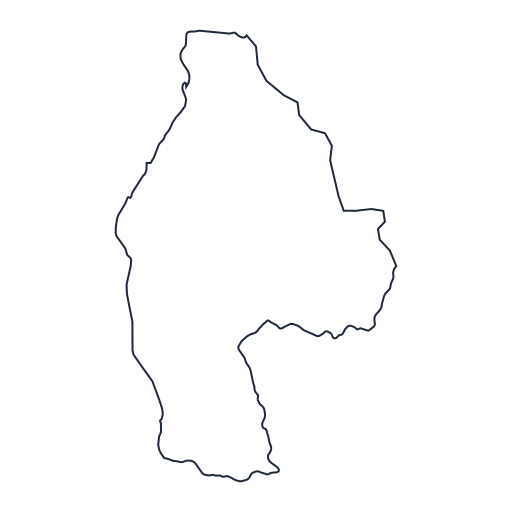 SVG path tracing the border of Melaky
{"feature_id": "MDG-5876", "entity_name": "Melaky", "entity_type": "Autonomous Province", "adm_level": 1, "iso_a3": "MDG", "parent_name": "Madagascar", "parent_adm1": "", "projection": "orthographic", "projection_center": [44.925, -17.742], "detail": "fine", "context": "isolated", "style": "outline", "palette": "slate", "viewbox_px": 512, "rotation_deg": 0, "n_neighbors": 0, "source": "natural_earth", "source_scale": "10m", "svg_char_len": 4000}
<svg xmlns="http://www.w3.org/2000/svg" viewBox="0 0 512 512"><path d="M164.3,458.1L161.6,454.5L159.2,449.9L158.2,444.9L159.1,436.5L161.0,432.1L160.9,423.2L160.8,422.9L160.2,421.8L160.1,421.3L160.3,420.3L161.5,419.1L161.8,418.3L162.7,414.8L162.8,413.3L162.2,408.9L158.9,398.8L152.3,381.1L142.5,367.5L133.6,354.7L132.5,350.4L132.4,321.8L126.9,293.9L126.6,284.4L130.6,266.5L131.2,260.1L130.5,258.0L127.2,254.9L125.3,248.4L116.5,236.1L115.7,232.6L115.8,228.1L116.9,219.3L118.3,215.1L125.3,203.5L127.7,197.5L128.6,197.1L130.2,197.9L131.1,196.8L132.3,192.7L142.7,176.2L144.9,173.9L145.9,171.8L146.4,169.8L146.7,162.9L150.6,163.0L153.9,157.5L158.6,145.1L159.5,143.6L163.2,139.7L164.0,138.5L165.1,135.2L166.1,133.8L168.3,131.2L170.0,128.5L172.6,122.5L176.2,117.1L181.0,111.8L185.0,106.1L186.2,99.7L185.4,96.9L182.9,90.7L182.3,87.8L183.0,84.3L184.6,82.7L186.0,83.4L186.2,86.9L188.4,83.2L189.4,79.2L189.3,75.2L188.0,71.2L182.8,63.3L180.7,59.0L180.4,54.3L181.0,52.5L182.0,50.5L183.3,48.5L184.6,47.0L185.6,45.5L185.9,43.6L186.3,35.5L186.7,33.5L187.9,32.2L190.1,31.6L194.7,31.5L199.5,30.7L229.6,33.6L233.4,32.7L235.1,32.8L238.4,35.6L240.8,37.0L243.3,37.7L245.3,37.0L246.6,35.4L256.0,46.5L257.7,64.6L266.4,80.8L283.7,95.2L297.5,102.4L299.2,115.1L311.2,129.5L325.0,133.2L331.9,145.8L330.1,160.2L338.6,196.3L343.7,210.7L355.8,210.8L371.2,209.0L383.3,210.9L384.9,221.7L378.0,228.9L379.7,239.7L389.9,250.6L396.3,266.2L395.1,267.5L394.2,268.9L393.6,270.5L393.2,271.9L393.1,273.3L393.4,276.0L393.4,277.3L393.1,278.6L390.9,283.8L390.6,285.1L390.2,287.9L389.6,289.1L385.7,293.1L384.9,294.3L383.9,296.7L382.0,303.7L381.6,306.6L381.1,307.9L380.4,309.3L379.4,310.6L375.9,314.6L375.0,316.1L374.5,317.8L374.4,319.4L374.9,324.1L374.6,325.4L373.8,326.7L368.6,330.6L367.4,330.5L362.0,328.7L360.3,328.3L359.0,328.8L357.9,329.3L356.9,329.3L356.0,328.5L355.0,327.6L353.6,326.8L352.0,326.2L350.0,325.7L348.6,325.9L347.5,326.7L345.5,328.7L344.7,329.8L344.1,331.1L343.6,332.2L343.1,333.1L341.9,334.6L339.2,335.1L338.5,335.9L337.6,336.6L336.4,337.9L335.1,338.4L333.8,338.2L332.9,337.3L332.3,336.1L331.9,334.8L331.1,333.7L330.0,332.7L327.3,331.4L325.8,331.4L324.9,331.7L324.2,332.6L323.2,333.5L320.4,335.3L318.4,336.2L316.7,335.9L304.5,330.5L303.1,329.7L301.0,327.9L299.5,326.8L297.7,325.7L294.3,324.4L292.3,324.0L290.4,324.0L285.2,326.4L282.6,328.0L280.8,328.6L279.5,328.2L278.4,327.2L277.4,326.0L276.0,324.8L271.7,322.8L268.4,320.4L267.3,320.7L266.3,321.5L265.3,322.5L263.5,323.9L262.8,324.5L261.2,326.5L259.2,328.4L258.3,329.6L257.5,330.8L256.3,332.0L254.5,333.1L251.1,334.1L247.5,336.0L242.1,340.7L241.2,341.8L239.0,345.5L238.4,346.7L238.3,348.1L238.8,349.3L239.5,350.6L244.4,357.6L244.9,358.9L245.7,361.4L246.2,362.7L249.4,367.5L250.0,368.8L250.5,370.2L253.4,383.8L254.4,386.4L254.5,389.3L254.8,390.8L255.5,392.0L257.3,394.2L258.0,395.4L258.1,396.9L257.7,398.6L257.8,400.1L259.7,403.9L262.5,406.5L263.2,407.3L263.7,408.1L264.2,409.3L265.1,414.1L265.0,416.1L264.5,418.3L263.0,421.4L262.3,423.5L262.2,425.3L262.5,426.6L263.1,427.7L263.7,428.1L264.6,428.6L265.6,429.0L266.3,430.1L266.9,431.5L267.2,433.1L268.1,435.7L269.5,442.5L270.0,444.0L270.7,445.3L271.1,446.9L271.2,448.6L270.7,450.8L269.8,452.6L268.3,454.8L267.9,456.6L268.1,458.0L268.5,459.2L269.4,461.0L270.3,461.9L271.3,462.9L277.1,467.1L278.1,468.1L278.8,469.3L278.8,470.9L277.9,471.8L276.5,472.4L273.7,472.5L270.6,473.0L268.6,474.2L267.0,474.4L265.7,474.0L264.6,473.5L261.0,472.5L258.4,471.4L256.9,471.3L255.3,471.7L253.7,472.3L251.8,473.4L250.6,475.1L249.5,477.4L247.9,479.1L246.3,479.9L241.7,481.2L240.1,481.3L238.5,481.0L235.5,480.1L234.1,479.5L231.6,477.9L227.6,476.1L226.2,476.2L223.5,476.8L222.4,476.7L220.0,475.4L217.7,475.6L216.0,475.6L213.0,474.9L209.2,475.4L207.4,475.3L204.3,474.5L202.9,473.8L202.0,472.8L196.3,464.6L194.6,462.6L193.6,461.8L192.8,461.4L191.8,461.0L190.5,460.7L189.2,460.6L187.6,460.6L186.1,460.8L183.2,461.8L181.9,462.1L180.6,462.1L177.7,461.4L173.1,460.8L167.4,458.7L164.4,458.1L164.3,458.1Z" fill="none" stroke="#1e293b" stroke-width="2"/></svg>